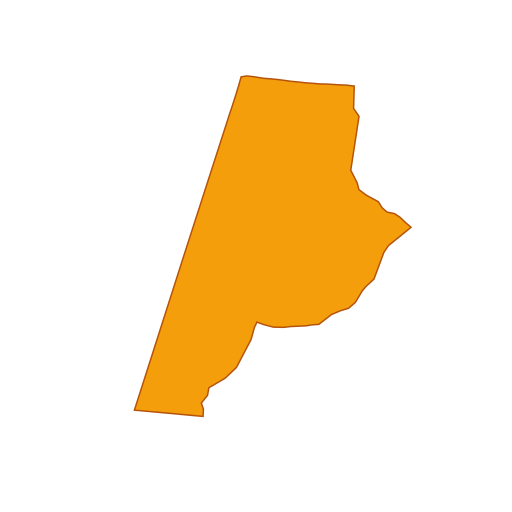 Tibau, Rio Grande do Norte, Brazil (Robinson projection), rotated 304°
{"feature_id": "56859067B59166838740608", "entity_name": "Tibau", "entity_type": "district", "adm_level": 2, "iso_a3": "BRA", "parent_name": "Brazil", "parent_adm1": "Rio Grande do Norte", "projection": "robinson", "projection_center": [-37.303, -4.888], "detail": "fine", "context": "isolated", "style": "filled", "palette": "amber", "viewbox_px": 512, "rotation_deg": 304, "n_neighbors": 0, "source": "geoboundaries", "source_scale": "gbopen_adm2", "svg_char_len": 959}
<svg xmlns="http://www.w3.org/2000/svg" viewBox="0 0 512 512"><g transform="rotate(304 256 256)"><path d="M60.2,241.4L93.4,301.8L99.7,298.0L103.5,292.9L113.4,293.7L120.5,290.6L137.1,298.6L143.1,300.0L152.6,302.1L184.1,298.6L195.7,294.7L201.7,293.7L203.4,300.6L206.7,310.1L212.3,318.8L217.0,324.3L226.2,336.7L230.1,340.7L234.4,346.3L249.7,351.3L257.7,356.5L264.5,362.0L273.1,364.3L286.6,363.6L292.3,364.2L302.9,366.7L330.4,360.0L338.7,360.0L366.5,368.5L367.3,361.4L368.6,354.1L368.6,347.2L365.7,340.1L366.5,333.6L369.4,327.1L368.1,313.5L368.6,304.2L373.2,299.0L380.1,286.6L429.4,263.3L432.9,254.4L446.3,245.9L451.8,242.4L448.0,235.0L443.9,228.4L440.9,223.2L437.6,217.7L434.4,212.8L431.3,207.2L427.5,200.6L423.5,193.0L420.7,187.9L417.7,181.8L414.8,176.0L411.8,170.4L407.4,162.6L403.3,153.7L400.0,147.5L396.2,143.5L386.7,146.6L377.9,149.3L365.1,153.0L358.8,154.7L350.6,157.1L215.9,196.0L60.2,241.4Z" fill="#f59e0b" stroke="#b45309" stroke-width="1.5"/></g></svg>